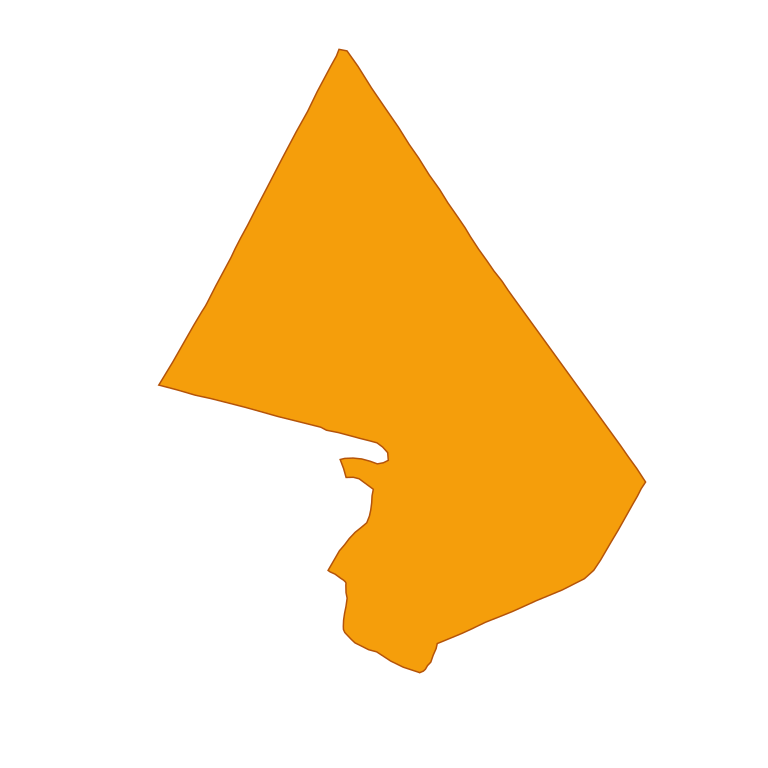 Kerbela, Karbala', Iraq (Natural Earth projection), rotated 138°
{"feature_id": "34846034B5988963618925", "entity_name": "Kerbela", "entity_type": "district", "adm_level": 2, "iso_a3": "IRQ", "parent_name": "Iraq", "parent_adm1": "Karbala'", "projection": "natural_earth1", "projection_center": [44.024, 32.498], "detail": "fine", "context": "isolated", "style": "filled", "palette": "amber", "viewbox_px": 768, "rotation_deg": 138, "n_neighbors": 0, "source": "geoboundaries", "source_scale": "gbopen_adm2", "svg_char_len": 1851}
<svg xmlns="http://www.w3.org/2000/svg" viewBox="0 0 768 768"><g transform="rotate(138 384 384)"><path d="M188.6,656.3L193.5,662.8L199.8,659.6L210.6,655.9L237.9,646.0L258.3,637.7L280.6,630.1L308.7,619.8L339.7,608.1L361.3,600.1L379.0,593.3L392.9,588.4L404.0,584.2L413.0,580.4L443.6,569.4L461.3,562.6L464.7,561.4L471.2,559.6L486.0,555.0L526.2,541.7L552.1,533.9L541.7,518.1L531.7,501.9L522.6,489.3L502.5,459.2L484.5,430.7L459.9,394.2L457.7,388.2L450.4,378.4L443.9,368.4L441.1,364.1L438.3,359.7L432.5,351.1L428.6,345.0L427.2,338.1L427.2,330.5L431.9,324.4L437.2,325.9L442.4,329.1L446.0,335.9L450.7,343.2L456.5,349.6L463.0,355.0L467.1,357.2L470.6,348.2L474.7,339.9L469.2,335.2L465.9,330.2L464.5,323.3L462.5,313.5L462.4,312.9L467.7,308.9L472.7,303.9L478.2,299.2L483.2,295.6L489.7,292.4L497.9,292.7L504.7,293.1L513.2,292.4L520.8,290.9L528.7,289.9L536.7,287.3L546.6,284.1L550.3,282.9L549.8,280.5L547.6,275.5L546.1,268.2L545.3,265.3L545.1,262.9L545.5,261.4L546.8,260.2L551.8,254.4L554.7,249.5L561.0,244.2L566.8,239.9L572.1,235.5L576.4,231.1L578.4,228.7L579.4,225.6L579.4,223.2L579.2,216.1L578.8,211.1L573.2,196.8L568.7,189.9L564.4,173.6L559.2,160.7L551.1,146.5L550.7,145.6L546.9,144.3L544.1,144.3L540.2,145.6L535.3,146.0L529.0,149.5L522.3,152.5L518.1,155.5L514.6,154.2L508.7,152.1L492.9,146.5L481.7,143.0L478.4,142.1L468.2,139.1L441.4,129.2L425.2,124.0L416.2,121.2L389.4,111.7L376.4,108.2L365.4,105.2L359.3,105.2L352.8,105.2L341.0,108.2L320.7,114.7L307.7,118.7L291.4,124.2L279.6,128.2L270.7,131.1L262.9,134.1L255.2,136.1L252.7,152.0L251.1,166.9L249.5,179.4L229.9,363.2L229.1,370.4L227.5,381.4L226.8,392.5L226.7,394.4L225.1,406.4L223.5,420.8L221.2,435.7L219.2,445.8L217.2,460.7L215.3,476.0L212.5,491.4L210.5,509.2L207.0,528.9L205.0,545.2L201.5,564.9L198.7,586.5L195.2,612.4L190.8,637.4L188.6,656.3Z" fill="#f59e0b" stroke="#b45309" stroke-width="1.5"/></g></svg>